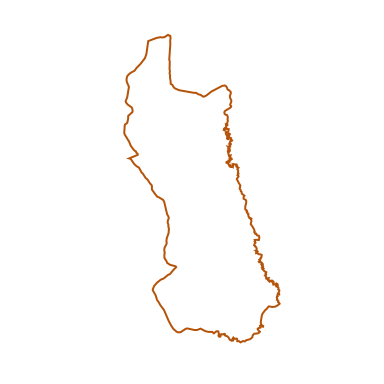 outline of Samfya, Luapula, Zambia, rotated 345°
{"feature_id": "96606910B51649803270254", "entity_name": "Samfya", "entity_type": "district", "adm_level": 2, "iso_a3": "ZMB", "parent_name": "Zambia", "parent_adm1": "Luapula", "projection": "robinson", "projection_center": [29.71, -11.747], "detail": "fine", "context": "isolated", "style": "outline", "palette": "amber", "viewbox_px": 384, "rotation_deg": 345, "n_neighbors": 0, "source": "geoboundaries", "source_scale": "gbopen_adm2", "svg_char_len": 6103}
<svg xmlns="http://www.w3.org/2000/svg" viewBox="0 0 384 384"><g transform="rotate(345 192 192)"><path d="M188.8,34.9L183.6,47.0L181.2,50.5L175.2,55.1L170.7,57.7L167.8,60.0L163.9,60.9L161.4,62.0L159.4,63.4L158.2,65.5L157.6,67.6L157.6,69.4L158.3,74.1L153.9,83.8L151.4,87.1L151.4,88.4L152.6,91.0L155.6,94.6L155.9,96.0L155.6,98.4L155.1,99.4L150.1,102.0L149.1,105.1L147.3,108.5L144.7,109.5L144.3,110.2L142.0,116.9L141.8,117.8L142.0,119.4L144.3,127.2L144.8,131.5L146.2,135.1L147.3,137.3L148.3,138.2L148.4,139.7L149.4,140.9L149.2,142.1L140.0,143.3L141.0,143.9L141.6,144.8L143.4,150.0L145.2,152.8L147.1,154.8L148.3,160.0L149.3,161.6L150.9,166.7L152.2,168.3L153.8,173.2L154.7,174.6L154.8,176.0L153.9,179.2L156.0,184.8L157.2,187.5L158.7,188.6L162.1,192.2L162.6,194.6L162.2,207.2L162.9,209.6L162.8,211.2L161.1,213.7L160.6,215.4L160.7,217.4L160.2,219.6L160.2,221.6L158.6,225.9L155.6,230.2L154.6,232.7L154.4,234.7L153.6,236.0L151.2,238.5L150.2,240.7L149.9,243.6L149.0,245.7L148.3,248.7L149.4,252.0L149.7,254.1L150.1,254.5L152.0,256.7L156.3,259.1L157.1,259.8L157.3,260.5L154.6,262.0L149.4,265.6L147.6,265.8L142.3,268.2L139.1,268.6L134.6,270.6L131.1,273.0L128.8,276.0L128.7,276.9L130.2,282.6L130.3,287.1L131.3,289.8L132.1,293.0L134.4,298.8L136.1,310.4L137.2,315.2L138.6,319.5L141.0,323.0L142.1,323.9L144.6,324.5L150.3,322.6L152.0,322.5L158.8,326.0L161.2,326.6L164.9,326.2L168.9,329.9L171.8,331.4L175.4,332.4L176.5,334.2L179.5,332.9L181.0,333.2L181.4,333.6L181.2,334.4L181.4,336.1L180.4,337.5L180.5,338.4L181.2,339.0L182.0,339.0L183.1,337.0L183.8,337.0L185.0,337.6L186.3,337.3L187.0,337.7L187.0,338.0L186.6,338.7L186.9,339.3L188.7,340.5L189.5,341.7L190.3,344.4L191.8,345.9L193.2,346.1L193.4,345.9L192.9,344.6L194.3,343.3L195.3,345.0L197.1,345.1L197.5,345.6L197.5,346.4L197.1,347.8L199.0,348.4L199.9,349.8L202.5,349.2L204.5,350.0L205.9,349.2L210.0,349.2L212.6,348.0L213.6,346.1L215.4,345.0L218.9,345.6L221.0,345.0L221.4,344.5L220.3,342.9L220.3,342.0L219.9,341.4L220.1,341.0L221.7,340.6L223.0,340.7L223.2,340.1L223.1,338.8L223.7,338.7L224.9,340.1L225.8,340.5L226.1,339.9L224.8,338.5L224.5,337.3L224.7,335.6L227.4,329.5L228.7,327.7L232.2,325.0L233.9,324.3L235.7,322.8L236.7,322.4L240.0,323.9L242.9,324.3L245.9,323.5L247.5,322.7L247.1,322.3L247.4,321.7L246.7,320.7L247.2,319.9L246.6,319.3L246.7,318.2L246.2,318.0L246.6,317.1L246.6,315.7L246.9,315.1L247.8,314.9L247.7,313.8L248.4,313.3L248.5,312.8L249.7,313.5L249.9,312.8L249.4,311.8L250.8,310.1L250.9,309.6L250.1,308.4L250.5,308.0L250.7,306.9L249.7,305.2L249.0,305.1L248.9,304.7L250.3,303.7L250.7,304.0L250.8,303.3L249.8,302.1L248.3,302.9L247.6,302.4L246.6,302.5L246.6,301.1L247.4,300.6L247.6,300.1L246.7,298.5L246.4,298.3L245.8,298.9L245.4,298.2L244.5,298.1L244.0,298.8L243.7,298.8L242.9,297.3L243.7,297.2L242.7,296.0L243.7,295.0L242.2,294.8L241.6,295.1L241.2,294.8L241.7,293.2L240.9,291.5L242.2,291.1L242.3,290.6L242.0,290.4L241.9,289.8L243.0,288.7L241.5,287.3L240.1,284.8L241.3,284.5L241.1,283.9L240.2,283.2L241.2,282.7L240.5,281.6L240.5,280.6L240.2,279.7L240.6,279.6L241.6,280.4L241.7,279.8L240.7,277.8L239.9,277.3L238.8,277.3L238.6,276.8L239.9,276.7L240.0,276.0L239.4,275.6L239.4,274.8L241.1,274.2L241.3,273.3L242.0,273.2L243.1,271.0L242.3,270.1L240.3,269.3L239.1,267.8L238.1,267.7L238.3,267.0L239.5,266.7L238.6,265.5L239.7,265.8L239.3,264.5L239.9,263.1L239.4,261.4L238.9,261.0L239.0,260.4L238.2,259.6L239.2,258.0L240.2,257.4L239.7,256.1L240.2,255.7L240.1,254.6L242.2,254.9L244.1,255.7L245.0,254.1L245.4,252.3L245.2,251.4L244.0,251.1L243.6,250.6L243.2,248.9L242.6,249.0L242.1,248.3L241.8,246.9L242.3,246.7L242.1,246.0L242.4,245.0L241.8,242.1L240.4,238.2L241.7,235.8L242.0,234.6L241.8,233.9L242.3,233.3L241.8,233.1L241.8,232.3L240.8,232.2L240.6,231.6L240.6,230.9L240.3,230.3L240.4,228.7L240.8,228.1L240.2,227.6L240.0,226.5L240.3,226.1L240.1,225.8L239.8,226.0L239.6,225.4L240.2,225.0L240.2,224.6L239.9,223.6L239.1,223.0L239.0,222.2L239.9,219.3L241.2,217.3L242.1,214.7L241.8,213.5L240.1,211.9L240.5,210.2L241.7,209.2L239.7,206.4L239.9,204.6L239.4,203.9L239.5,202.8L239.0,201.6L239.0,200.7L239.6,200.1L239.7,199.4L240.4,198.2L239.3,194.8L239.4,194.3L238.6,191.2L239.0,190.6L240.9,189.2L240.9,188.1L240.5,187.8L241.1,187.4L240.8,186.5L241.7,186.0L241.5,185.1L242.2,183.2L241.7,181.6L243.0,180.7L242.5,180.4L242.5,179.4L241.9,179.5L241.5,179.2L241.5,178.9L242.2,179.1L242.2,177.0L241.9,177.0L241.5,177.8L241.0,176.6L239.3,175.8L238.2,177.9L237.9,176.7L237.2,178.3L235.5,177.7L235.3,177.4L235.8,177.1L235.6,175.8L234.8,176.1L234.2,173.6L232.9,172.8L232.9,172.3L233.2,171.9L233.5,172.0L235.0,173.1L235.3,172.8L234.6,172.0L235.2,171.2L236.3,172.1L236.8,170.4L237.2,171.1L238.9,170.6L238.9,170.0L237.4,169.1L238.0,168.7L237.3,167.5L238.4,167.3L238.8,166.6L237.2,166.5L237.1,166.2L237.1,161.8L237.5,161.4L237.8,161.5L238.1,162.9L239.3,162.0L239.5,160.4L238.1,160.1L238.1,159.8L239.1,159.6L238.4,157.5L239.7,158.2L240.6,158.1L240.8,157.1L242.0,155.7L241.9,155.4L240.4,155.7L240.4,155.1L242.3,152.8L243.6,152.9L244.1,152.5L243.1,151.5L243.7,150.2L243.0,149.8L242.0,148.3L241.5,148.6L240.9,150.4L239.9,150.0L239.7,149.4L240.3,147.9L242.7,146.8L243.6,145.9L243.2,145.3L242.3,145.2L241.7,146.6L240.2,146.3L239.8,144.7L240.1,142.9L240.5,142.7L240.9,143.8L241.6,144.0L242.8,142.8L243.7,140.8L242.5,140.4L242.0,139.5L239.2,140.8L238.7,140.3L239.3,139.2L240.2,138.7L241.0,138.9L241.9,137.8L242.3,135.5L242.6,135.8L242.9,136.8L243.5,136.6L243.7,134.7L245.1,132.5L245.1,131.0L245.7,129.9L246.0,128.4L245.7,126.7L244.3,125.9L243.7,124.9L243.9,123.4L244.5,122.5L245.3,122.1L250.8,120.5L251.9,119.8L252.1,119.1L251.5,118.3L251.5,117.3L253.2,115.2L253.7,113.6L253.2,111.4L253.4,109.1L255.0,106.8L255.3,105.5L254.4,103.6L253.0,102.4L252.8,100.3L252.3,98.7L251.3,97.6L248.7,97.3L236.7,100.0L231.4,102.3L229.0,102.9L227.6,102.9L225.4,100.4L223.2,99.1L221.7,97.3L219.5,96.7L205.8,90.3L202.2,87.4L201.2,85.4L200.8,83.5L199.4,82.1L200.0,79.6L200.4,75.4L201.0,74.0L201.1,71.3L201.9,69.8L202.1,67.6L204.3,60.1L204.3,58.2L209.4,43.4L209.9,40.8L211.1,37.8L211.4,35.5L210.6,35.2L209.5,34.0L205.5,35.3L203.1,35.0L201.6,34.3L197.6,34.0L188.8,34.9Z" fill="none" stroke="#b45309" stroke-width="2"/></g></svg>